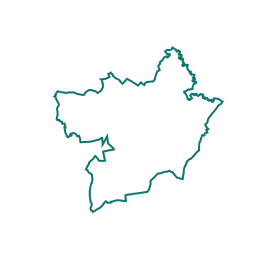 outline of Sambata, Bihor, Romania, rotated 200°
{"feature_id": "2599482B53181341706292", "entity_name": "Sambata", "entity_type": "district", "adm_level": 2, "iso_a3": "ROU", "parent_name": "Romania", "parent_adm1": "Bihor", "projection": "mercator", "projection_center": [22.198, 46.801], "detail": "fine", "context": "isolated", "style": "outline", "palette": "teal", "viewbox_px": 256, "rotation_deg": 200, "n_neighbors": 0, "source": "geoboundaries", "source_scale": "gbopen_adm2", "svg_char_len": 5835}
<svg xmlns="http://www.w3.org/2000/svg" viewBox="0 0 256 256"><g transform="rotate(200 128 128)"><path d="M163.8,168.7L165.6,166.7L170.1,164.4L168.9,163.9L167.5,162.2L167.4,161.2L166.7,160.7L166.0,159.7L165.7,159.1L165.5,157.3L165.9,156.4L165.7,156.2L165.6,155.8L165.9,155.2L166.2,153.5L168.5,150.5L170.9,151.4L171.7,151.4L172.4,151.0L175.3,151.2L177.5,150.5L179.8,147.5L180.8,144.0L182.2,143.5L187.6,142.7L191.5,142.9L194.1,141.7L196.1,141.2L197.4,140.1L198.2,139.8L200.6,139.4L202.6,138.8L206.6,138.5L207.1,137.2L207.3,135.9L207.1,135.4L207.3,134.6L207.7,134.5L207.8,134.0L207.7,133.7L206.9,133.2L206.9,132.9L207.4,132.5L206.8,132.4L206.2,131.5L204.4,129.7L201.4,127.1L200.8,125.7L201.4,122.2L198.9,117.2L198.3,112.6L197.7,111.4L196.9,111.5L196.4,111.8L195.5,112.1L194.8,111.0L193.6,111.3L193.1,111.1L192.2,111.3L191.1,109.5L189.2,110.5L186.9,107.2L188.0,106.9L186.9,105.0L186.2,104.0L186.2,103.7L185.1,102.1L182.0,98.9L181.2,98.7L181.0,98.8L180.1,100.8L179.8,101.1L179.4,101.2L178.9,101.1L178.6,101.4L178.5,101.9L179.9,102.6L179.3,103.5L178.5,103.9L177.8,104.6L176.6,104.7L175.7,104.4L175.4,104.5L174.4,104.2L173.3,103.1L172.8,102.8L171.2,103.9L169.8,102.0L168.7,100.1L168.3,99.3L167.7,98.4L159.0,102.1L157.1,103.2L150.8,107.6L149.8,109.4L148.9,109.8L147.2,106.5L146.2,103.7L145.5,107.0L145.0,111.9L144.8,113.1L142.2,108.1L141.2,106.6L136.9,104.8L134.4,103.5L133.9,103.0L143.3,97.4L142.9,96.6L138.4,89.4L141.0,88.3L144.1,87.3L145.8,88.8L147.5,89.7L149.3,90.4L149.6,89.6L150.2,87.0L152.5,83.0L152.7,82.4L152.4,80.4L152.9,79.0L153.1,77.6L153.3,74.7L152.6,74.8L151.3,74.1L149.7,72.8L149.0,72.7L147.1,72.2L145.8,71.6L145.5,70.9L144.8,69.2L144.4,68.8L143.7,67.0L143.1,64.3L143.6,63.0L143.2,61.2L143.2,59.2L142.6,57.6L142.4,56.9L142.4,55.7L142.2,54.8L141.9,54.5L141.5,53.3L140.9,51.9L140.7,51.0L139.5,49.1L138.9,47.6L138.2,46.6L137.9,45.7L137.1,45.4L136.2,44.2L135.9,43.6L135.6,41.8L135.8,40.0L135.6,39.3L134.4,37.9L133.9,38.1L132.9,37.9L132.2,37.2L129.6,40.5L127.0,43.5L125.6,46.3L125.2,47.6L124.9,49.1L124.4,50.1L124.0,51.4L123.1,51.4L122.5,51.2L121.8,50.6L118.4,52.2L118.8,52.9L117.9,53.2L116.0,54.8L113.5,56.4L111.9,56.9L105.0,58.6L107.4,63.7L106.5,64.7L105.4,65.2L103.7,66.3L103.5,66.1L103.0,66.3L100.4,68.2L98.8,68.7L97.3,69.5L87.8,74.7L87.2,78.0L87.5,81.9L87.6,83.0L88.8,86.1L86.4,90.6L85.2,93.7L84.4,95.1L84.0,95.6L82.7,96.1L82.4,96.1L82.0,96.4L79.9,98.4L78.7,99.3L78.0,99.7L76.1,100.4L75.5,101.0L74.2,102.0L72.6,101.5L71.5,101.6L71.1,101.8L65.4,98.3L62.1,98.3L59.1,98.8L59.9,101.7L60.2,104.4L60.5,105.6L61.2,107.3L61.4,108.9L61.5,110.2L61.4,110.9L61.3,112.6L60.9,114.7L61.2,115.2L61.2,116.0L60.9,117.3L60.6,118.0L60.1,118.7L60.0,119.4L58.3,120.7L58.0,121.1L57.7,122.2L56.8,124.1L56.2,125.6L55.6,127.8L53.5,131.5L53.9,132.0L55.7,137.6L55.8,139.9L55.5,140.1L55.8,143.7L55.7,145.1L55.9,146.6L53.9,147.0L53.9,149.4L52.9,150.1L51.9,151.1L53.8,152.9L52.6,154.0L52.2,154.6L53.2,155.0L54.0,155.1L56.7,157.8L55.5,159.8L55.3,160.5L55.5,161.6L55.7,162.5L55.7,163.2L55.6,164.8L55.1,166.6L51.9,175.8L50.4,180.7L49.0,182.3L48.4,183.8L48.4,184.6L48.2,185.1L52.7,186.2L57.1,185.5L57.1,184.8L56.8,184.0L56.8,183.5L57.0,182.9L57.0,181.8L57.6,181.4L58.2,181.5L58.5,181.8L59.1,182.4L59.1,182.9L60.5,181.7L61.1,182.4L61.6,182.3L61.7,182.0L62.0,181.4L62.7,181.6L63.2,182.5L63.9,183.2L64.4,183.0L65.3,182.2L65.6,181.7L66.0,181.8L66.2,182.0L66.3,182.8L66.6,183.1L67.0,182.9L67.5,182.0L68.0,181.9L68.3,182.3L68.6,182.9L68.5,183.4L68.8,184.1L68.6,185.0L69.0,185.2L69.9,184.7L71.5,184.8L71.8,184.5L71.7,184.2L71.9,183.5L72.8,182.6L72.8,182.3L72.9,182.0L73.3,182.0L74.4,182.4L75.3,183.6L75.6,183.7L76.3,182.5L76.3,181.9L76.6,181.5L77.0,181.4L77.2,181.5L77.6,181.8L77.8,182.4L78.2,182.4L78.8,182.2L79.3,181.6L79.6,181.6L79.8,181.8L80.7,179.9L79.9,179.2L78.0,178.0L78.9,176.7L79.0,176.0L79.7,175.4L80.4,175.3L80.8,175.4L80.9,175.5L81.0,176.0L81.7,175.7L82.1,176.0L82.3,176.7L84.4,179.0L87.3,180.7L87.7,181.0L87.5,181.5L86.5,181.8L84.5,184.9L83.4,184.8L82.2,186.0L80.7,186.9L81.2,187.9L81.3,191.1L80.7,192.4L79.6,193.3L79.4,193.7L79.4,194.1L79.8,194.6L80.1,194.7L80.7,194.6L81.3,194.2L82.4,193.9L83.4,194.2L83.7,194.5L83.7,194.8L83.2,195.4L82.0,196.2L81.7,196.5L81.9,197.0L82.2,197.6L82.7,197.6L83.8,197.1L84.2,197.3L83.6,199.0L83.5,199.9L83.5,200.3L83.9,200.5L85.2,200.6L86.6,199.7L86.9,199.8L87.0,200.3L87.4,200.9L88.4,200.5L88.7,200.7L88.2,201.3L88.2,202.1L88.3,202.4L90.9,202.6L92.1,204.0L93.2,204.8L93.6,205.7L93.1,207.0L93.4,207.6L93.6,207.7L94.3,207.6L95.4,207.0L97.6,205.0L98.3,205.4L98.5,205.7L97.9,206.3L97.2,207.6L97.3,208.0L97.6,208.2L98.2,207.5L98.7,208.0L99.2,208.7L99.5,209.5L99.4,210.3L99.5,211.0L100.5,212.1L101.2,211.8L101.4,210.9L101.6,210.6L101.9,210.9L102.6,210.7L103.9,210.9L104.2,211.2L104.3,211.8L104.1,212.1L102.9,212.3L102.6,212.7L102.3,213.5L102.3,214.4L102.6,214.9L103.0,215.0L104.3,214.3L105.3,214.3L105.6,214.7L105.6,215.3L104.9,216.3L104.9,216.6L105.4,217.3L105.6,217.8L106.2,218.2L107.4,218.1L107.6,217.8L107.5,217.4L107.8,216.6L108.1,216.4L108.4,216.5L109.1,217.0L109.4,217.6L109.5,217.8L110.4,218.2L111.0,218.0L111.9,218.5L113.8,218.8L113.8,217.2L114.1,216.6L115.3,215.5L115.7,215.2L116.6,215.2L117.7,214.7L118.4,214.2L119.3,212.6L115.9,210.6L114.2,211.8L113.6,210.6L114.6,208.4L115.0,207.7L116.5,208.3L117.0,208.2L118.1,206.8L118.3,206.2L118.7,204.4L118.7,203.4L119.0,203.0L119.6,202.8L120.5,200.2L119.8,199.4L120.8,196.4L118.0,193.2L119.9,191.2L119.9,188.1L119.8,185.3L119.5,183.2L119.6,182.4L120.3,180.3L123.3,179.1L124.7,178.2L125.9,177.8L127.2,176.1L127.4,173.9L131.6,175.2L133.0,171.4L135.0,171.7L136.2,172.1L138.9,172.5L140.0,173.0L141.8,173.2L145.7,173.9L148.1,167.8L149.0,168.1L149.7,168.2L151.2,168.9L151.2,169.3L152.4,170.0L155.3,170.5L156.9,170.5L158.2,171.1L158.8,171.6L159.7,171.6L161.2,173.4L162.5,173.4L163.0,174.1L165.0,172.0L162.8,169.6L163.8,168.7Z" fill="none" stroke="#0f766e" stroke-width="2"/></g></svg>